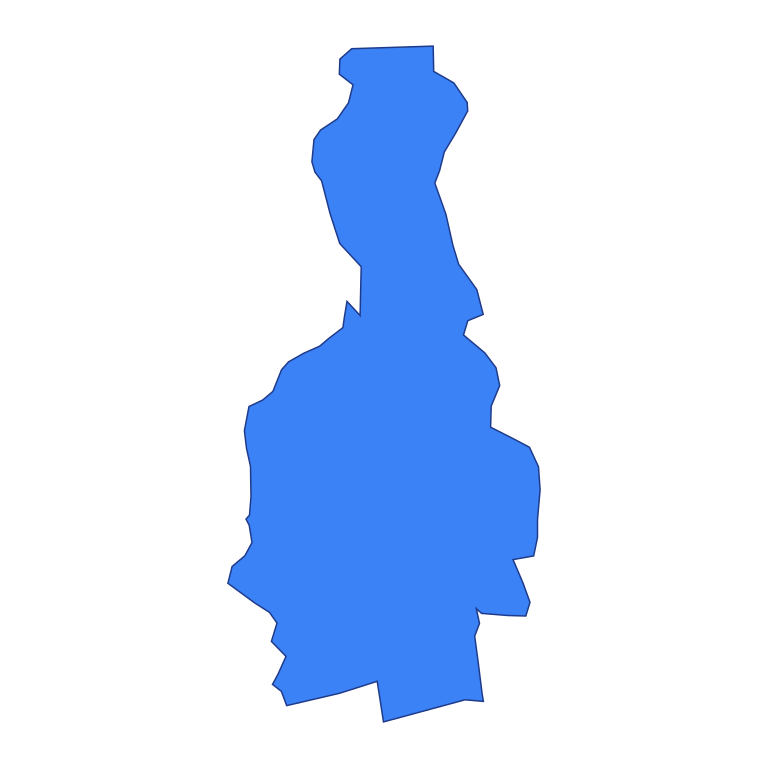 the district of Kolossi, Limassol, Cyprus
{"feature_id": "46923920B20353640132461", "entity_name": "Kolossi", "entity_type": "district", "adm_level": 2, "iso_a3": "CYP", "parent_name": "Cyprus", "parent_adm1": "Limassol", "projection": "robinson", "projection_center": [32.934, 34.671], "detail": "fine", "context": "isolated", "style": "filled", "palette": "blue", "viewbox_px": 768, "rotation_deg": 0, "n_neighbors": 0, "source": "geoboundaries", "source_scale": "gbopen_adm2", "svg_char_len": 1253}
<svg xmlns="http://www.w3.org/2000/svg" viewBox="0 0 768 768"><path d="M272.5,684.4L281.4,691.4L286.7,705.6L339.8,693.2L377.2,681.3L383.5,721.9L465.0,699.8L483.4,701.4L482.1,693.6L478.4,664.0L474.7,636.1L479.5,623.4L476.3,608.6L481.6,613.4L507.7,615.5L525.8,616.0L530.0,602.3L523.1,583.3L516.8,568.4L513.0,559.6L533.7,555.9L537.5,537.4L537.5,519.5L540.1,490.0L538.5,466.8L530.5,449.5L529.5,447.3L514.6,439.4L490.6,427.2L491.2,406.1L499.7,385.6L496.0,367.7L484.8,352.9L463.5,335.0L467.8,320.7L483.2,314.4L476.8,289.6L458.7,264.3L452.9,245.3L445.9,214.2L434.8,183.1L439.5,171.0L444.3,152.0L456.0,132.5L467.7,110.9L467.2,102.5L453.9,83.0L433.7,71.4L433.2,46.1L351.7,48.7L339.9,59.1L339.3,74.2L353.0,84.8L348.5,102.8L337.3,118.9L320.6,130.0L314.0,139.5L311.9,161.7L315.0,172.2L321.6,180.8L330.2,214.0L339.8,243.6L361.2,266.7L360.7,288.4L360.1,315.5L347.0,301.4L344.4,317.0L342.9,327.6L329.2,338.1L319.6,346.2L303.8,353.2L288.6,361.8L281.5,369.8L272.9,391.4L262.7,400.0L249.0,406.5L244.4,430.7L246.5,448.3L250.5,466.4L251.0,496.5L249.5,515.1L246.0,519.1L249.2,525.2L252.0,542.6L244.9,555.7L232.1,566.5L227.9,583.3L254.8,603.0L269.5,612.4L277.0,623.1L271.4,641.4L286.0,656.4L278.0,674.2L272.5,684.4Z" fill="#3b82f6" stroke="#1e3a8a" stroke-width="1.5"/></svg>